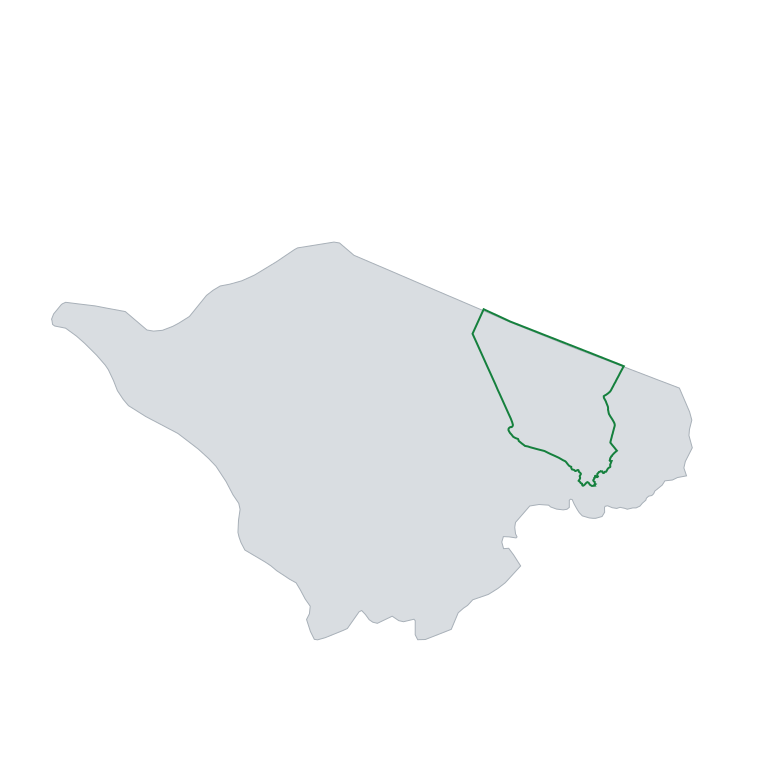 location of Duma, Rif Dimashq, Syria, rotated 237°
{"feature_id": "27442178B16442606574703", "entity_name": "Duma", "entity_type": "district", "adm_level": 2, "iso_a3": "SYR", "parent_name": "Syria", "parent_adm1": "Rif Dimashq", "projection": "equal_earth", "projection_center": [36.727, 33.326], "detail": "fine", "context": "in_parent", "style": "outline", "palette": "green", "viewbox_px": 768, "rotation_deg": 237, "n_neighbors": 0, "source": "geoboundaries", "source_scale": "gbopen_adm2", "svg_char_len": 5724}
<svg xmlns="http://www.w3.org/2000/svg" viewBox="0 0 768 768"><g transform="rotate(237 384 384)"><path d="M151.2,273.0L156.7,273.6L168.5,281.3L170.4,281.0L174.0,270.9L177.5,267.5L184.8,264.4L186.9,248.1L190.3,244.9L194.4,243.2L200.7,242.9L206.2,241.9L206.5,239.0L198.9,220.1L199.6,215.4L203.3,196.4L205.6,189.0L207.8,186.5L216.5,187.5L228.7,190.8L231.9,196.3L237.8,201.1L246.7,200.8L257.0,201.7L265.1,202.0L271.5,198.6L285.9,192.3L293.1,190.1L299.6,187.3L320.5,176.9L328.9,177.7L334.7,179.1L339.1,180.7L349.0,187.8L357.2,195.0L363.0,197.2L373.3,197.0L388.1,198.4L406.4,198.3L417.1,196.3L430.6,192.8L454.8,184.2L486.4,166.5L505.0,157.9L513.1,156.9L523.6,156.8L534.2,159.0L546.1,160.6L551.6,160.5L564.5,158.7L581.2,155.1L591.6,152.2L604.2,147.4L612.0,139.4L614.5,138.5L617.8,140.0L619.4,140.5L622.7,145.1L626.4,156.8L626.4,158.1L625.9,161.5L617.8,171.1L606.8,184.3L598.9,192.5L585.6,206.5L575.5,209.5L558.4,214.6L553.9,219.5L549.7,227.4L547.4,238.2L546.8,245.0L546.6,257.6L550.9,270.8L555.0,283.4L555.7,291.8L555.4,300.0L551.8,308.8L548.0,320.9L545.9,334.6L545.1,360.2L545.5,382.1L545.2,385.7L538.3,401.2L530.3,419.3L526.5,423.5L508.3,428.9L488.5,442.2L466.4,457.0L446.2,470.5L425.0,484.7L403.0,499.5L387.3,510.0L366.2,524.1L347.0,537.6L327.5,551.3L312.6,561.7L290.0,578.2L276.8,587.9L257.3,602.1L240.1,614.6L219.7,629.5L194.2,625.1L186.1,622.5L179.5,615.4L174.7,611.7L162.6,607.8L154.9,594.5L150.3,589.8L142.2,587.7L145.7,579.2L146.4,573.6L149.8,566.8L147.7,562.3L146.7,552.8L145.1,550.4L144.6,547.9L145.8,544.9L145.3,541.8L144.0,540.4L143.3,535.7L142.2,532.2L142.8,527.9L144.6,525.1L146.5,519.8L148.6,518.2L152.0,514.8L152.9,511.4L156.0,508.0L160.1,505.2L161.0,502.9L160.4,501.7L156.3,499.2L154.1,494.7L156.1,488.3L157.4,486.3L159.9,483.2L165.4,478.5L169.7,477.7L173.4,477.7L179.7,478.1L184.6,478.9L185.8,477.7L185.6,476.1L179.6,472.2L179.3,469.2L180.8,465.8L185.1,460.6L190.1,456.8L192.7,456.1L198.5,448.4L202.3,439.8L196.3,418.9L192.6,415.6L186.7,412.7L183.3,412.3L183.0,410.9L187.7,405.6L191.0,401.0L187.3,396.7L180.8,394.6L178.3,399.1L170.0,399.6L157.0,399.5L151.3,377.5L150.5,368.0L150.7,357.0L154.7,340.9L152.8,333.5L152.7,328.5L151.7,321.6L141.6,306.8L147.2,279.5L151.2,273.0Z" fill="#d9dde1" stroke="#a8b0b8" stroke-width="1"/><path d="M184.9,506.8L185.4,506.5L186.4,507.0L187.2,507.4L187.5,507.2L188.2,506.9L189.2,507.0L189.4,507.2L190.1,508.8L190.7,509.1L190.7,509.3L190.6,509.8L190.9,510.1L191.4,510.5L191.9,510.9L191.9,511.2L191.3,511.6L190.7,511.5L190.1,511.7L189.7,512.3L189.9,513.0L190.9,512.8L191.1,513.2L191.8,513.5L192.0,513.6L192.4,513.9L192.6,514.5L192.7,515.0L193.0,516.2L193.1,516.3L192.9,516.9L192.8,517.6L192.9,518.3L192.2,518.7L191.8,519.5L190.4,519.2L189.9,519.4L189.7,519.9L189.6,520.3L189.8,520.7L190.1,521.3L189.8,521.9L189.5,522.4L189.6,522.9L190.0,523.5L190.5,524.5L190.9,525.2L191.1,525.8L191.3,526.8L191.2,527.8L191.2,528.5L191.5,528.8L191.9,529.1L192.9,529.5L193.3,529.9L193.9,530.8L194.7,531.9L195.4,532.9L195.6,532.6L196.3,531.7L196.9,531.6L197.5,532.3L197.9,532.9L198.5,533.2L199.0,534.3L199.6,535.3L199.6,535.5L199.5,535.8L199.5,536.0L200.0,536.7L200.7,539.5L201.1,542.2L201.2,543.0L202.7,542.8L205.0,542.6L208.3,542.2L209.2,542.1L210.7,542.0L211.4,541.9L211.7,542.0L212.4,542.7L212.8,543.1L213.8,544.2L214.6,545.1L215.3,545.9L216.3,546.9L217.3,548.0L217.7,548.6L218.8,549.7L221.3,552.5L221.8,553.0L222.6,554.0L223.2,554.6L223.6,555.0L224.2,555.3L224.7,555.6L225.7,555.8L226.3,556.0L226.8,556.0L228.1,556.1L229.9,556.2L230.7,556.2L231.7,556.2L232.9,556.2L234.2,556.2L234.9,556.3L236.1,556.3L237.1,556.6L237.7,556.8L239.1,557.4L240.5,557.9L241.1,558.4L242.1,559.0L243.0,559.4L244.4,559.7L247.0,560.2L247.9,560.4L248.5,560.6L249.0,560.6L249.7,560.7L249.9,560.7L250.1,560.7L251.3,560.8L251.6,560.8L251.8,560.8L252.6,560.9L253.5,561.3L254.1,561.7L254.1,562.7L254.1,563.6L254.0,564.0L254.0,564.5L254.1,566.4L254.1,566.9L254.3,567.8L254.3,568.5L254.5,569.3L254.9,570.5L255.7,572.0L256.4,573.2L257.3,574.9L258.6,577.1L259.7,579.3L260.4,580.4L261.4,582.2L262.7,584.6L263.7,586.4L264.1,587.0L264.6,587.9L265.0,588.6L266.2,590.8L266.9,592.1L267.4,593.0L267.7,593.5L268.3,594.8L293.9,576.6L367.6,523.9L392.4,508.3L391.5,506.9L377.9,485.6L367.8,484.1L360.1,482.9L351.6,481.6L342.6,480.2L335.2,479.1L328.1,478.0L323.4,477.3L317.1,476.2L312.8,475.6L306.9,474.7L297.2,473.2L293.3,472.6L290.7,472.2L285.9,471.5L282.2,470.7L279.6,469.9L278.9,469.3L278.5,468.5L278.4,468.0L278.4,467.5L278.8,467.1L279.1,465.9L278.9,464.7L278.8,464.4L278.5,464.0L278.2,463.7L277.5,463.3L277.2,463.2L276.7,463.2L276.3,463.1L276.1,463.1L275.7,463.1L275.4,463.1L274.5,463.0L272.8,463.3L271.2,463.5L269.4,463.6L267.1,464.8L264.8,466.5L262.8,466.0L260.6,466.7L258.4,467.4L257.2,467.9L256.8,468.0L256.0,468.3L255.3,468.5L253.2,470.7L251.3,472.2L245.6,477.3L240.4,482.1L236.8,484.2L234.5,485.6L231.3,487.7L227.0,490.4L222.3,492.8L221.1,493.6L220.3,494.0L219.3,494.2L218.4,494.3L217.9,494.3L216.8,494.4L216.2,494.5L214.9,494.6L213.4,495.3L212.6,495.9L212.0,495.5L211.4,495.3L210.1,495.1L208.4,496.6L206.9,497.0L206.7,497.3L206.6,497.7L206.5,498.5L206.4,499.5L206.1,499.9L205.9,500.1L205.4,500.1L204.7,499.8L204.0,499.7L203.2,500.0L202.5,500.2L201.7,500.3L201.2,500.0L200.6,498.8L200.3,498.1L199.9,497.8L198.9,497.6L198.0,497.0L197.1,495.2L196.8,494.5L194.8,495.1L193.8,495.0L192.5,495.8L191.6,495.3L190.9,495.2L190.3,495.5L190.2,496.1L190.2,496.7L190.4,498.0L190.9,499.7L191.0,500.6L190.9,501.0L190.8,501.3L190.2,501.5L189.8,501.7L189.4,501.8L189.2,501.9L188.7,501.9L188.0,501.8L187.6,501.8L187.3,501.9L185.3,502.8L184.6,504.1L183.9,505.5L184.0,505.5L184.3,505.6L184.5,505.6L184.8,505.7L184.9,505.8L185.0,505.8L185.0,506.0L185.0,506.4L184.9,506.5L184.9,506.8L184.9,506.8Z" fill="none" stroke="#15803d" stroke-width="2"/></g></svg>